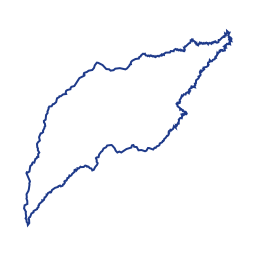 outline of Agustín Codazzi, Cesar, Colombia, rotated 177°
{"feature_id": "7082276B21922340436225", "entity_name": "Agustín Codazzi", "entity_type": "district", "adm_level": 2, "iso_a3": "COL", "parent_name": "Colombia", "parent_adm1": "Cesar", "projection": "robinson", "projection_center": [-73.375, 9.994], "detail": "fine", "context": "isolated", "style": "outline", "palette": "blue", "viewbox_px": 256, "rotation_deg": 177, "n_neighbors": 0, "source": "geoboundaries", "source_scale": "gbopen_adm2", "svg_char_len": 5789}
<svg xmlns="http://www.w3.org/2000/svg" viewBox="0 0 256 256"><g transform="rotate(177 128 128)"><path d="M206.3,152.2L206.2,151.5L207.6,148.6L207.5,147.2L209.1,145.3L209.8,140.7L211.6,139.5L211.6,138.0L210.8,136.7L210.5,134.3L211.3,133.5L211.5,132.3L213.0,129.8L213.0,128.3L214.6,127.2L215.5,127.2L217.3,123.5L216.7,120.0L218.7,118.4L219.7,116.9L219.6,113.4L219.0,112.4L219.2,110.6L217.9,108.1L219.1,106.7L219.1,103.8L220.3,103.8L220.8,102.5L222.1,102.0L223.4,98.3L224.8,98.6L225.6,97.7L225.6,96.6L227.6,95.1L228.7,89.7L230.3,88.8L231.3,89.2L231.8,88.3L228.7,79.8L229.5,77.7L229.3,76.8L230.2,72.1L230.8,70.3L232.8,67.2L232.7,63.9L233.1,62.8L232.4,60.5L232.5,57.4L235.3,56.2L236.0,53.1L234.3,49.6L234.6,48.6L234.3,44.7L235.0,43.0L234.2,41.8L234.1,39.5L233.3,38.5L233.1,36.4L231.6,38.2L231.6,41.7L232.1,42.6L231.3,43.9L230.4,44.3L228.9,47.7L226.8,48.7L226.8,49.8L226.0,50.4L223.1,51.7L222.8,52.7L221.6,53.5L221.5,55.3L220.9,55.6L220.6,56.8L217.4,59.2L217.4,60.0L216.9,59.7L216.5,60.4L215.7,60.6L214.9,63.1L214.1,63.2L212.4,65.3L212.6,65.8L212.1,65.8L211.3,67.2L209.8,67.9L209.0,67.7L208.9,68.2L208.1,68.0L207.1,70.1L203.9,72.1L201.0,72.8L200.6,73.5L198.9,74.1L198.2,73.2L196.4,73.7L195.8,75.0L195.1,75.1L193.9,76.7L194.3,78.0L193.3,78.7L192.4,78.6L191.6,79.6L191.2,81.2L190.0,81.3L189.0,83.6L188.3,83.0L187.0,83.7L186.2,85.1L183.7,87.0L183.6,88.8L182.7,89.2L181.9,88.1L180.7,89.5L180.6,90.5L179.2,90.2L177.5,91.8L176.9,91.4L174.3,91.4L172.7,92.7L171.1,92.2L170.9,91.5L169.5,91.5L168.3,89.9L166.7,89.5L165.9,87.5L164.4,88.0L162.8,90.8L160.8,92.9L160.1,94.5L161.1,95.9L160.9,97.5L161.6,99.6L161.0,100.2L158.9,100.4L158.2,103.1L156.1,105.6L154.9,106.3L153.5,108.8L150.9,109.9L149.7,111.6L145.5,111.9L144.8,111.5L142.3,108.3L141.5,106.0L139.9,104.1L137.9,104.9L136.0,103.9L130.6,107.1L125.7,108.3L125.0,110.4L124.4,110.6L123.5,110.7L122.8,108.9L120.3,108.5L118.7,105.2L115.7,105.3L112.2,103.9L110.8,104.4L109.1,107.0L108.0,106.9L104.0,105.2L102.5,106.9L101.4,106.7L100.3,108.1L98.1,108.8L97.4,109.5L97.1,110.9L94.6,112.0L93.9,113.3L93.3,113.2L92.8,113.8L92.3,115.3L91.1,116.0L89.5,118.1L89.0,118.0L88.0,118.9L87.2,120.8L87.7,121.0L87.4,122.6L86.5,123.3L85.7,123.0L85.5,124.0L84.6,123.7L83.1,124.7L82.5,126.0L81.8,126.3L82.3,126.6L82.2,127.0L81.6,126.7L81.6,127.1L80.6,126.1L80.8,126.9L80.2,126.6L79.5,127.4L79.8,128.4L79.0,128.1L78.5,129.3L77.1,129.7L77.1,130.4L77.7,130.5L77.0,131.5L76.6,133.4L76.8,133.8L75.3,135.3L73.8,134.9L73.2,137.5L73.8,138.8L72.5,139.1L71.8,138.0L71.1,138.4L70.5,140.1L69.7,138.8L69.0,138.7L68.6,139.3L69.5,141.1L72.3,141.9L72.3,143.0L73.3,143.3L73.7,144.0L74.9,143.5L75.0,145.1L77.4,147.1L77.3,148.1L77.9,149.0L77.5,149.5L78.1,149.8L77.6,150.4L77.1,149.6L76.3,150.7L75.7,150.2L75.0,150.4L75.0,151.2L74.6,151.6L75.0,153.2L73.7,154.8L72.5,157.6L71.8,157.0L70.5,158.8L68.8,158.4L68.1,160.0L66.9,160.5L67.1,160.8L65.6,159.6L65.5,160.3L65.0,160.2L64.7,160.7L65.4,161.2L64.2,161.9L65.1,162.8L64.2,163.9L62.0,165.0L62.6,165.8L62.4,166.3L59.1,165.2L59.5,166.5L58.6,167.2L58.9,168.8L57.9,169.0L57.5,172.1L55.2,173.7L54.5,174.7L54.9,175.7L53.1,176.5L52.7,177.4L53.1,178.7L52.8,179.4L53.3,180.1L52.7,181.2L52.0,180.1L51.7,180.2L51.3,181.5L50.6,181.3L49.0,182.5L49.7,183.3L49.1,183.7L49.3,184.4L46.4,184.9L44.8,185.9L44.8,187.1L44.3,187.2L44.8,188.1L44.6,189.1L43.2,189.7L42.8,191.5L41.7,190.2L40.6,190.3L39.7,191.6L37.9,192.1L37.4,193.3L36.5,193.4L36.9,194.7L35.4,195.7L34.9,198.0L34.5,197.3L34.1,197.8L34.5,198.4L32.7,199.0L32.5,200.2L31.9,200.0L31.6,200.8L31.1,200.5L30.7,201.1L29.8,201.0L29.2,200.0L27.2,200.4L27.5,202.5L26.8,202.7L27.4,203.0L26.7,202.9L26.4,203.5L27.2,204.1L26.3,204.2L26.8,204.9L26.2,205.0L26.2,205.8L25.5,205.9L24.8,206.9L23.3,206.7L23.1,205.7L22.6,207.3L21.7,206.6L21.9,209.7L20.5,209.4L21.7,211.4L20.4,211.8L20.1,211.3L20.0,211.8L20.8,212.9L22.2,212.1L22.0,212.8L22.4,213.2L21.9,213.6L23.1,215.2L21.7,217.9L22.3,217.9L24.0,219.6L24.0,217.6L25.3,216.8L25.7,217.1L25.6,216.7L26.0,216.7L25.5,215.2L27.4,214.7L27.1,213.9L28.9,213.7L31.8,211.0L32.8,211.1L33.2,209.0L34.7,208.5L36.0,209.1L35.8,209.5L36.2,210.0L37.6,209.6L37.8,209.1L39.0,209.2L39.1,208.4L39.9,208.6L40.3,207.7L41.8,208.7L42.3,208.3L43.4,208.5L43.7,207.6L44.5,208.7L46.1,208.4L46.0,208.9L48.4,208.2L48.4,208.7L49.0,208.4L50.2,209.2L50.7,208.9L50.5,208.6L51.5,208.5L51.1,209.1L51.6,209.5L51.8,208.8L52.5,208.8L53.4,207.3L53.6,207.7L54.3,207.3L54.5,207.7L54.7,207.3L54.7,207.8L55.3,207.9L55.3,209.2L55.7,209.0L55.9,209.6L56.4,209.7L56.3,210.4L58.9,212.3L58.8,213.1L59.4,213.2L59.6,212.1L60.0,212.6L60.8,212.4L60.8,211.3L61.6,209.7L62.8,209.3L66.0,206.5L66.6,206.6L67.4,205.1L67.8,205.2L67.2,203.2L67.6,203.1L67.8,201.8L68.7,201.9L68.9,202.5L69.3,202.4L70.3,203.1L71.0,202.4L71.8,202.7L72.0,203.5L73.6,202.9L74.2,203.8L74.9,203.5L75.0,204.0L75.7,203.9L76.2,204.4L77.5,203.8L78.3,202.9L78.4,202.3L81.3,202.6L82.2,201.2L86.3,201.3L88.3,200.1L88.3,199.2L88.8,199.4L89.8,198.9L89.7,199.5L90.3,199.9L91.9,198.6L93.1,198.5L93.4,197.9L95.0,198.5L96.6,197.5L97.1,198.1L97.4,197.6L98.8,198.5L99.4,198.1L100.5,199.0L100.9,198.7L101.8,199.3L102.7,198.5L103.5,199.3L104.6,198.8L105.0,199.3L106.5,199.6L107.2,201.3L108.0,201.0L109.1,201.4L111.3,199.7L111.6,198.8L113.1,198.2L113.5,196.8L116.9,196.5L120.2,195.0L121.4,193.9L121.9,192.6L121.7,191.5L122.9,191.2L123.4,190.1L125.9,187.5L127.5,186.7L133.0,188.2L137.6,187.9L139.4,186.5L142.4,186.2L143.7,187.6L146.6,188.0L150.1,192.2L154.5,194.7L155.7,194.9L157.9,192.3L158.8,189.8L160.6,187.8L164.3,187.3L166.1,186.1L168.9,185.3L169.4,184.0L168.6,183.2L168.8,182.6L173.9,180.4L179.4,172.7L182.3,172.1L183.1,171.2L183.5,169.7L186.6,169.1L187.8,168.4L188.4,166.6L188.0,165.2L191.0,165.0L193.5,163.2L194.8,163.3L195.3,162.3L197.3,161.4L198.4,157.6L200.6,155.9L201.9,155.7L203.1,153.7L205.5,153.6L206.3,152.2Z" fill="none" stroke="#1e3a8a" stroke-width="2"/></g></svg>